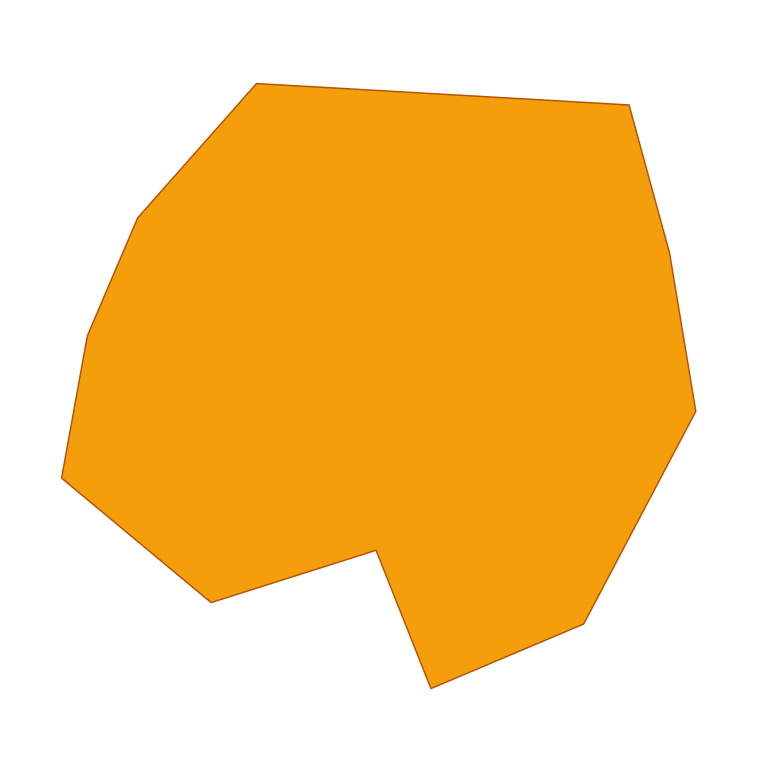 SVG path tracing the border of Iklin, rotated 275°
{"feature_id": "MLT-5931", "entity_name": "Iklin", "entity_type": "state/province", "adm_level": 1, "iso_a3": "MLT", "parent_name": "Malta", "parent_adm1": "", "projection": "robinson", "projection_center": [14.454, 35.906], "detail": "fine", "context": "isolated", "style": "filled", "palette": "amber", "viewbox_px": 768, "rotation_deg": 275, "n_neighbors": 0, "source": "natural_earth", "source_scale": "10m", "svg_char_len": 311}
<svg xmlns="http://www.w3.org/2000/svg" viewBox="0 0 768 768"><g transform="rotate(275 384 384)"><path d="M262.1,71.0L406.1,84.3L528.1,124.2L672.2,230.8L683.3,603.8L539.2,657.1L384.0,697.0L162.3,603.8L84.7,457.3L217.7,390.6L151.2,230.8L262.1,71.0Z" fill="#f59e0b" stroke="#b45309" stroke-width="1.5"/></g></svg>